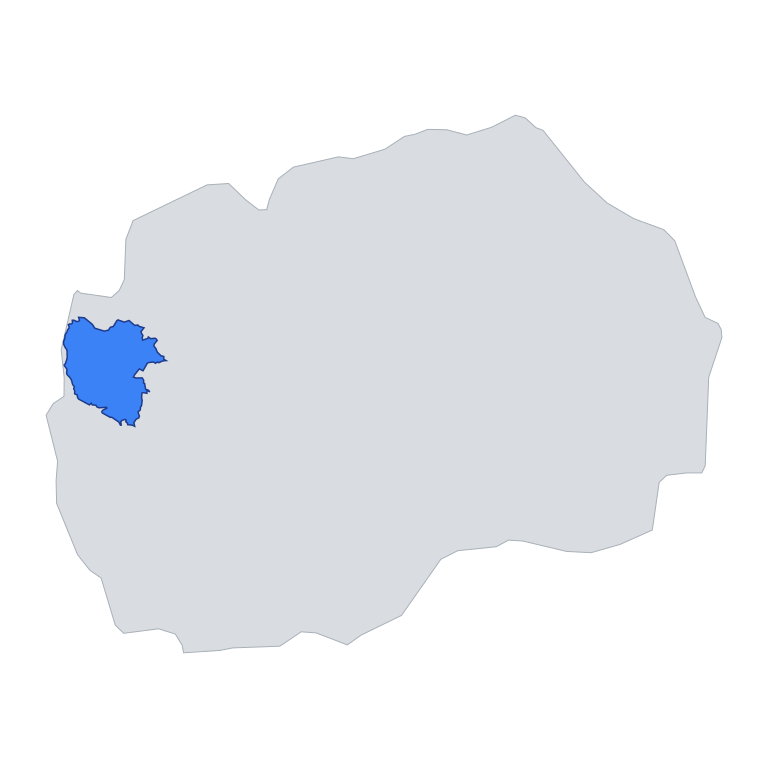 Mavrovo and Rostusha, Mavrovo and Rostusa, North Macedonia (highlighted)
{"feature_id": "65306769B57665907630306", "entity_name": "Mavrovo and Rostusha", "entity_type": "district", "adm_level": 2, "iso_a3": "MKD", "parent_name": "North Macedonia", "parent_adm1": "Mavrovo and Rostusa", "projection": "albers", "projection_center": [20.658, 41.644], "detail": "fine", "context": "in_parent", "style": "filled", "palette": "blue", "viewbox_px": 768, "rotation_deg": 0, "n_neighbors": 0, "source": "geoboundaries", "source_scale": "gbopen_adm2", "svg_char_len": 3238}
<svg xmlns="http://www.w3.org/2000/svg" viewBox="0 0 768 768"><path d="M338.6,156.9L353.3,158.7L384.9,149.2L404.5,136.4L414.5,134.4L427.8,129.4L447.0,129.8L466.6,135.0L491.3,127.4L515.4,115.2L525.2,117.9L536.0,127.7L543.0,130.3L584.5,182.2L607.1,203.0L633.7,218.6L663.8,229.7L674.8,240.8L695.3,296.4L705.1,317.4L717.9,323.4L721.2,329.5L721.9,337.5L708.7,377.3L705.2,465.8L701.8,472.9L686.7,472.9L666.7,475.3L659.2,482.3L652.3,530.0L620.3,544.3L591.1,552.7L566.4,551.4L522.7,541.0L508.5,540.1L496.4,546.7L457.7,550.7L440.8,559.3L401.5,615.4L361.1,635.1L347.3,644.9L316.1,632.9L301.2,631.8L279.8,646.2L232.7,647.9L219.9,650.4L183.6,652.8L182.1,645.2L175.3,634.0L158.4,628.8L123.7,633.3L115.3,625.2L101.1,578.0L90.0,570.4L77.5,554.6L56.6,503.3L56.1,480.8L57.6,461.2L46.1,415.2L53.2,403.6L64.0,396.3L64.2,377.8L61.2,349.7L73.9,294.5L77.4,290.5L80.6,293.1L111.3,297.5L119.2,290.5L124.3,279.7L125.9,239.3L133.1,220.6L207.0,184.9L228.7,183.5L245.5,199.7L258.8,210.0L266.7,209.6L269.5,199.1L278.3,178.8L293.4,167.1L338.2,156.9L338.6,156.9Z" fill="#d9dde1" stroke="#a8b0b8" stroke-width="1"/><path d="M120.4,425.1L121.2,425.1L120.8,421.8L121.8,420.5L124.7,419.4L126.2,420.0L125.7,421.6L127.4,423.1L127.7,424.7L132.1,425.1L134.7,426.3L133.9,422.7L136.1,419.2L138.8,417.9L139.4,416.1L138.0,412.1L140.3,409.9L140.5,407.0L141.5,405.8L142.2,400.2L141.6,398.3L141.9,393.1L143.1,392.6L146.9,393.3L147.0,390.2L149.8,391.9L148.4,390.2L145.6,389.2L144.6,383.4L143.5,383.0L143.7,380.3L142.2,377.9L136.1,378.0L133.4,377.1L134.3,375.2L139.3,368.9L143.0,370.8L147.3,363.3L148.4,362.6L153.4,362.0L155.5,363.3L157.2,362.0L158.8,362.7L162.8,360.9L166.1,360.6L163.8,359.2L163.8,356.5L160.9,355.7L157.2,352.0L155.9,348.5L153.8,345.9L154.4,343.8L157.2,340.5L156.1,338.8L154.9,338.2L150.8,338.7L148.3,337.0L147.9,338.4L142.6,340.1L142.2,338.1L142.9,335.5L140.8,332.0L144.0,327.8L139.0,326.3L137.9,325.0L134.7,325.4L129.0,320.5L124.3,322.1L118.0,319.9L116.8,320.7L113.3,326.5L110.3,327.3L108.4,330.2L104.2,331.1L94.8,328.2L92.4,324.4L84.4,317.8L78.6,317.3L78.9,318.6L79.5,320.3L79.4,320.7L79.0,321.0L77.2,321.6L76.9,321.6L74.9,320.7L73.9,320.2L72.9,320.2L72.7,320.2L72.3,320.2L72.2,320.9L72.3,321.2L72.6,321.8L72.5,322.1L72.4,322.5L72.0,323.6L71.5,324.0L70.8,324.0L69.9,323.9L68.8,324.4L68.5,324.6L68.3,324.8L68.5,325.3L69.0,326.4L69.1,327.3L69.0,328.3L68.1,329.2L67.6,329.9L67.4,330.5L67.3,330.9L66.9,332.1L66.0,333.2L65.0,335.5L64.9,337.2L64.8,338.4L64.3,340.1L64.0,340.2L63.6,341.2L63.6,342.0L63.6,342.3L63.7,344.4L64.2,345.4L65.3,347.7L66.8,349.7L67.1,351.8L67.1,354.1L67.2,356.3L67.2,357.5L66.6,360.0L66.2,361.1L65.4,363.5L65.0,364.1L64.9,364.2L64.2,364.8L64.2,365.3L64.3,365.7L65.0,366.5L66.0,368.0L66.4,368.2L66.8,369.0L66.9,370.6L66.7,372.2L66.6,373.4L67.1,374.5L67.8,375.4L69.4,377.0L70.8,378.8L71.8,381.1L72.3,383.5L72.7,384.5L73.2,385.4L73.5,385.7L73.8,386.0L74.2,386.6L74.4,387.2L74.1,387.7L73.8,388.2L73.7,388.5L73.8,389.0L74.1,389.6L74.5,390.3L74.7,391.2L74.7,391.6L74.7,393.2L74.6,393.8L77.2,394.9L77.5,397.4L78.6,399.1L89.4,404.9L91.2,403.2L92.2,404.9L95.9,405.2L97.0,407.0L99.0,407.8L106.5,407.3L106.9,408.1L102.5,410.4L101.8,411.6L102.2,412.9L110.3,417.4L111.7,417.2L118.9,422.1L120.4,425.1Z" fill="#3b82f6" stroke="#1e3a8a" stroke-width="1.5"/></svg>